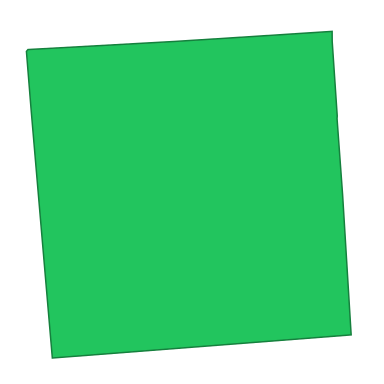 Wise, Texas, United States of America (Albers equal-area conic projection), rotated 265°
{"feature_id": "52423323B38394143035791", "entity_name": "Wise", "entity_type": "district", "adm_level": 2, "iso_a3": "USA", "parent_name": "United States of America", "parent_adm1": "Texas", "projection": "albers", "projection_center": [-97.568, 33.212], "detail": "fine", "context": "isolated", "style": "filled", "palette": "green", "viewbox_px": 384, "rotation_deg": 265, "n_neighbors": 0, "source": "geoboundaries", "source_scale": "gbopen_adm2", "svg_char_len": 319}
<svg xmlns="http://www.w3.org/2000/svg" viewBox="0 0 384 384"><g transform="rotate(265 192 192)"><path d="M38.8,38.4L35.8,338.1L176.5,341.8L252.5,342.9L255.1,343.3L329.9,344.8L339.8,345.6L342.9,212.1L343.5,187.6L348.2,41.0L346.5,39.3L288.1,38.9L38.8,38.4Z" fill="#22c55e" stroke="#15803d" stroke-width="1.5"/></g></svg>